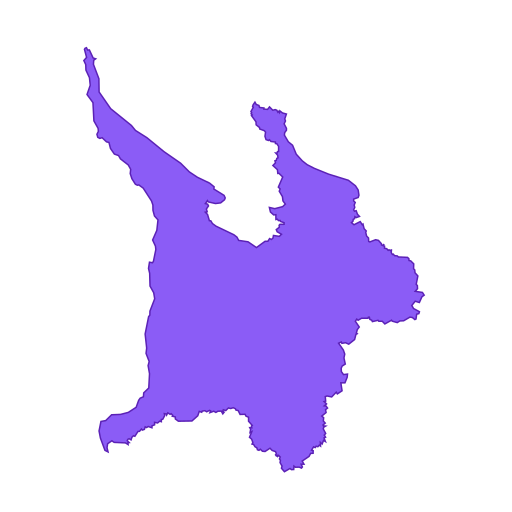 outline of Mueang Trat, Trat, Thailand, rotated 177°
{"feature_id": "78962969B49294102146766", "entity_name": "Mueang Trat", "entity_type": "district", "adm_level": 2, "iso_a3": "THA", "parent_name": "Thailand", "parent_adm1": "Trat", "projection": "albers", "projection_center": [102.588, 12.22], "detail": "fine", "context": "isolated", "style": "filled", "palette": "violet", "viewbox_px": 512, "rotation_deg": 177, "n_neighbors": 0, "source": "geoboundaries", "source_scale": "gbopen_adm2", "svg_char_len": 6028}
<svg xmlns="http://www.w3.org/2000/svg" viewBox="0 0 512 512"><g transform="rotate(177 256 256)"><path d="M221.7,41.8L220.7,42.9L221.8,45.7L219.0,45.6L220.6,48.8L213.5,53.1L211.8,56.0L209.3,56.0L209.1,58.6L210.7,59.2L208.5,62.4L206.9,61.6L205.9,62.9L204.2,62.3L202.7,63.8L201.5,62.8L201.5,66.5L199.8,64.8L198.2,68.3L196.4,67.1L197.6,70.8L196.0,71.4L197.2,73.6L195.7,75.1L197.9,79.9L197.3,81.5L195.4,82.5L197.7,82.9L197.9,83.8L195.6,85.5L197.4,87.7L196.9,91.0L198.7,92.7L194.2,96.0L194.6,98.9L192.5,100.4L193.9,102.5L195.6,102.8L193.3,104.6L195.6,107.1L194.0,107.4L194.2,112.0L192.4,112.5L187.8,111.3L183.0,115.8L182.0,114.0L177.1,116.9L177.9,124.9L173.8,124.7L171.3,130.1L170.8,133.3L174.8,133.0L176.8,136.1L176.8,139.4L175.7,141.6L172.5,143.4L173.5,149.6L172.5,153.4L173.7,157.6L178.1,164.6L175.4,165.7L174.8,164.3L171.1,164.7L168.0,163.1L161.9,167.4L160.3,172.5L159.0,173.1L159.8,173.8L158.7,177.2L156.6,179.7L160.2,185.6L158.7,187.7L157.4,186.5L153.9,188.3L147.4,188.0L147.0,189.0L146.0,189.0L145.6,186.7L143.8,185.8L143.2,184.4L137.5,185.4L136.8,184.4L133.3,184.2L130.9,181.4L124.0,184.8L123.4,183.8L118.4,182.1L115.8,183.6L111.9,183.6L105.5,186.9L103.1,186.4L100.7,184.2L99.5,184.7L98.6,189.5L96.4,189.9L95.7,191.8L101.4,195.3L103.0,198.4L99.4,202.5L95.3,201.0L92.4,206.6L90.1,208.1L91.7,210.9L98.9,212.4L96.4,214.9L96.4,218.1L97.5,219.3L95.4,227.6L98.1,231.0L98.2,233.8L99.3,235.0L98.9,239.9L101.7,243.0L103.4,243.5L103.5,245.4L104.8,246.7L113.9,247.6L114.9,248.7L117.6,249.1L118.8,250.7L119.7,250.4L120.8,252.4L120.3,255.5L121.2,254.2L122.8,255.2L123.7,254.7L125.1,256.5L127.3,257.0L127.1,259.1L128.3,259.6L127.5,261.1L129.1,260.0L130.1,260.5L130.1,261.7L132.9,265.2L135.7,266.0L141.6,264.1L142.7,264.6L142.7,268.1L144.5,270.1L145.2,273.9L144.6,275.2L146.6,277.6L147.5,282.3L148.3,281.7L150.1,284.9L156.5,282.1L158.9,284.3L157.3,285.7L157.0,287.5L155.6,288.1L155.2,290.1L153.9,289.1L150.6,290.1L152.5,292.4L153.6,296.0L155.3,295.6L156.1,297.0L154.8,299.4L155.3,301.7L154.1,304.3L155.6,305.9L155.5,307.7L150.9,309.1L150.0,311.3L150.5,316.5L153.0,320.9L159.8,326.8L179.1,333.9L193.2,340.5L200.1,344.5L204.8,348.6L210.5,355.6L213.7,364.7L217.7,368.3L221.3,375.2L220.9,377.7L219.0,380.0L218.9,381.9L221.0,386.5L219.5,389.3L220.1,391.4L218.2,396.2L222.1,397.5L224.1,399.3L225.0,398.0L225.3,399.7L226.6,398.4L227.6,400.5L229.2,401.2L231.6,400.7L234.7,404.2L236.8,401.8L240.5,402.3L240.3,403.4L244.7,404.2L245.2,406.2L247.8,407.3L249.0,409.7L251.0,407.1L251.6,405.4L250.9,404.7L253.5,400.5L252.8,399.3L253.5,398.3L252.4,397.1L253.2,396.5L249.0,390.0L249.0,387.0L245.8,384.1L245.6,382.6L241.1,380.7L240.0,379.2L240.8,375.1L239.9,371.7L237.5,370.7L236.5,371.4L235.1,369.6L230.7,368.8L230.7,367.3L229.3,367.0L227.7,364.3L228.0,359.2L229.1,359.1L229.6,357.6L230.9,357.8L229.1,355.5L228.9,352.9L230.1,352.4L230.8,350.4L232.1,350.1L231.7,348.0L234.4,345.5L230.1,341.1L229.9,337.3L228.8,337.4L225.2,333.5L230.1,323.6L228.4,321.7L229.4,319.5L226.5,313.9L226.2,309.6L224.0,306.3L226.8,303.9L234.8,302.3L240.1,303.8L239.3,299.2L236.2,296.1L234.0,296.2L234.2,291.4L232.9,291.7L231.7,290.2L230.0,290.2L229.7,289.2L226.2,287.8L226.3,286.2L230.4,286.4L231.3,285.5L231.2,283.5L234.4,281.3L233.6,279.1L229.4,276.4L231.7,274.4L237.5,275.6L238.1,273.0L239.8,271.7L241.5,272.7L243.4,270.1L246.2,270.2L255.1,264.4L263.2,270.6L272.5,272.5L274.0,275.8L277.0,278.4L294.4,287.9L297.8,290.7L299.3,293.5L300.7,293.7L302.2,300.0L304.3,302.4L302.4,302.7L303.1,305.5L300.8,308.5L301.6,310.3L303.8,311.0L301.6,313.9L300.8,312.5L293.7,310.5L288.5,310.9L284.5,313.8L283.7,315.6L284.7,318.2L294.6,325.1L294.2,327.3L298.5,331.2L310.4,337.7L318.2,343.5L326.4,352.6L342.4,365.0L358.8,379.9L369.8,387.7L373.6,392.9L393.4,410.7L404.1,428.0L403.6,441.2L408.3,455.9L407.8,460.0L405.8,461.3L408.3,462.3L411.6,470.5L413.4,470.5L414.4,472.9L415.8,472.4L416.5,471.4L414.8,463.2L417.7,460.2L416.0,456.0L416.1,450.5L413.0,442.8L412.6,435.2L416.3,426.1L410.8,417.7L410.8,399.4L407.0,391.7L406.9,388.7L408.5,385.9L407.8,382.8L405.8,381.6L403.5,382.2L399.3,377.8L396.9,377.1L395.7,371.0L392.1,365.2L388.0,363.5L386.3,360.1L378.8,353.6L376.6,349.1L377.3,344.9L375.9,339.7L372.7,334.0L370.8,332.9L369.3,333.1L365.1,329.7L357.5,316.5L356.3,312.3L356.5,307.0L355.3,301.3L352.0,297.2L353.7,286.8L358.4,277.4L355.9,271.1L355.7,267.7L358.7,256.1L359.7,254.7L362.7,255.4L364.0,249.2L363.1,244.3L363.4,231.5L360.1,224.7L359.4,218.6L364.8,206.5L365.1,202.5L366.4,201.1L370.8,183.9L370.0,169.8L370.9,164.5L368.2,156.2L369.5,152.2L368.5,144.0L370.0,129.8L375.3,125.2L375.8,121.3L379.1,120.1L380.7,118.1L383.6,111.2L391.7,106.5L399.6,104.9L408.5,105.0L414.7,99.5L419.5,98.9L421.9,89.5L420.9,82.3L417.0,69.8L414.0,68.1L414.8,72.3L414.0,76.3L409.6,79.0L407.4,77.3L396.2,76.2L393.6,74.4L393.7,76.2L392.4,76.3L394.3,78.3L393.6,79.6L392.3,80.2L390.4,78.9L389.4,81.5L387.8,82.9L386.4,82.3L383.0,87.0L381.5,87.0L379.5,89.2L378.6,88.1L376.5,88.7L375.6,91.2L374.2,90.4L372.6,91.4L368.9,89.9L368.7,91.9L366.1,92.7L366.0,95.2L363.0,94.4L360.8,96.1L359.2,95.5L359.1,97.7L357.7,97.8L355.5,101.4L355.8,103.4L354.0,103.0L353.6,101.8L352.3,104.0L350.1,102.4L349.0,103.0L347.5,101.3L348.0,100.4L345.0,99.5L345.1,97.5L342.2,95.1L328.6,94.6L322.5,99.5L320.8,103.8L318.4,102.8L317.9,103.9L315.1,104.2L313.4,103.0L310.4,104.3L309.4,103.7L310.2,102.0L306.3,103.2L304.3,101.9L302.1,103.0L298.8,102.9L297.4,100.1L296.0,101.7L297.3,102.9L296.7,104.2L294.3,103.2L291.5,105.7L289.2,105.0L286.7,105.7L284.5,104.5L284.1,103.2L281.9,102.6L280.2,98.6L275.2,98.5L274.4,96.6L271.9,95.4L272.1,91.4L268.6,87.0L269.5,86.3L269.2,84.7L271.2,84.9L270.4,83.2L271.2,80.0L269.4,80.8L272.0,75.3L270.0,73.4L268.9,70.0L269.8,68.4L268.3,68.0L267.0,65.6L265.2,64.4L264.7,62.4L263.2,61.8L261.8,62.8L259.8,60.7L257.2,60.3L252.1,63.3L250.1,61.0L246.7,59.6L246.0,57.3L246.9,56.4L246.1,55.2L244.8,55.8L244.8,54.8L243.7,55.5L242.3,54.0L243.2,52.1L242.3,50.8L242.8,48.4L241.0,44.9L241.7,42.7L238.9,39.1L233.2,42.0L231.8,40.8L229.5,40.8L229.1,44.2L227.7,43.0L223.9,42.9L221.7,41.8Z" fill="#8b5cf6" stroke="#5b21b6" stroke-width="1.5"/></g></svg>